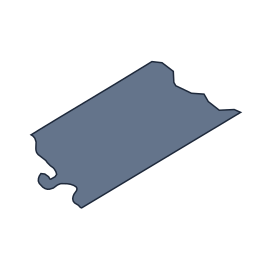 Douglas, Nebraska, United States of America (Natural Earth projection), rotated 149°
{"feature_id": "52423323B70861004931924", "entity_name": "Douglas", "entity_type": "district", "adm_level": 2, "iso_a3": "USA", "parent_name": "United States of America", "parent_adm1": "Nebraska", "projection": "natural_earth1", "projection_center": [-96.018, 41.292], "detail": "fine", "context": "isolated", "style": "filled", "palette": "slate", "viewbox_px": 256, "rotation_deg": 149, "n_neighbors": 0, "source": "geoboundaries", "source_scale": "gbopen_adm2", "svg_char_len": 1055}
<svg xmlns="http://www.w3.org/2000/svg" viewBox="0 0 256 256"><g transform="rotate(149 128 128)"><path d="M23.4,83.4L27.4,89.1L40.6,96.2L45.6,109.3L45.4,117.9L55.7,125.1L65.3,139.6L65.2,143.5L60.0,153.2L65.2,166.4L73.3,172.6L119.0,172.3L132.4,172.3L159.3,172.3L179.4,172.3L184.5,172.3L185.7,172.3L205.9,172.2L208.9,172.1L214.6,172.1L213.6,170.1L213.1,167.2L214.0,163.3L217.4,158.1L218.3,156.4L218.9,154.3L218.9,153.3L218.7,151.5L216.7,146.4L215.2,142.5L215.0,139.9L214.1,136.2L213.9,135.5L212.6,132.5L212.3,130.9L212.3,128.5L212.3,127.7L213.0,125.0L215.6,123.8L220.6,123.9L221.2,124.5L221.2,127.2L223.0,131.4L226.1,133.8L228.8,132.5L230.7,130.9L232.1,128.9L232.2,128.7L232.6,126.2L231.5,121.2L230.3,118.8L228.6,117.0L226.6,115.9L222.9,115.0L217.8,115.5L214.9,115.1L213.7,114.6L208.9,111.6L206.3,109.4L204.1,106.8L202.8,104.3L202.8,102.7L203.5,101.6L204.4,100.8L208.3,99.1L210.2,97.7L211.8,95.9L212.6,93.6L212.4,91.4L210.3,87.3L209.7,84.4L208.9,83.4L166.0,83.4L106.5,83.4L72.9,83.4L23.4,83.4Z" fill="#64748b" stroke="#1e293b" stroke-width="1.5"/></g></svg>